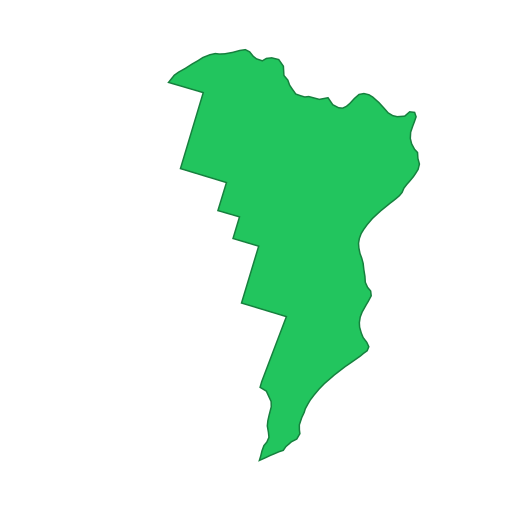 Areia Branca, Rio Grande do Norte, Brazil (orthographic projection), rotated 107°
{"feature_id": "56859067B41346782761286", "entity_name": "Areia Branca", "entity_type": "district", "adm_level": 2, "iso_a3": "BRA", "parent_name": "Brazil", "parent_adm1": "Rio Grande do Norte", "projection": "orthographic", "projection_center": [-37.037, -5.022], "detail": "fine", "context": "isolated", "style": "filled", "palette": "green", "viewbox_px": 512, "rotation_deg": 107, "n_neighbors": 0, "source": "geoboundaries", "source_scale": "gbopen_adm2", "svg_char_len": 1955}
<svg xmlns="http://www.w3.org/2000/svg" viewBox="0 0 512 512"><g transform="rotate(107 256 256)"><path d="M450.5,193.0L445.9,187.7L442.5,184.0L439.8,180.7L436.4,176.7L433.9,173.1L429.5,171.7L423.3,167.8L419.1,163.5L413.1,162.1L409.5,163.7L404.8,165.2L397.0,165.0L391.5,164.2L387.7,164.2L382.3,163.1L377.8,162.0L372.1,159.9L364.8,156.8L358.0,153.3L346.8,146.3L335.8,138.5L328.0,132.3L320.9,126.8L317.8,124.8L314.1,122.0L309.8,121.6L306.2,124.8L302.7,129.7L298.9,132.8L293.8,136.1L289.5,137.7L283.9,138.5L278.4,138.1L274.8,137.3L270.2,136.3L266.6,135.4L260.4,134.2L256.0,136.1L253.3,140.2L249.2,143.8L243.6,145.9L237.5,148.9L231.7,151.4L227.1,154.3L223.2,157.3L218.2,160.0L213.8,161.7L208.8,162.3L203.8,162.0L199.1,160.8L193.3,158.8L186.0,155.6L180.3,152.3L176.4,150.0L171.5,146.7L166.4,143.3L163.1,140.9L159.7,138.6L156.4,136.5L152.5,134.9L147.9,134.4L143.6,132.8L139.9,131.1L134.2,128.7L130.3,127.5L125.8,126.3L120.3,126.6L115.4,129.7L109.8,131.8L107.6,135.6L103.2,140.0L98.5,142.8L92.4,144.3L85.8,144.1L81.5,143.8L76.1,143.6L72.3,146.3L73.2,151.2L78.8,154.7L81.5,161.7L81.8,166.3L80.5,171.5L76.9,177.3L73.4,183.2L69.9,190.8L68.8,195.1L69.1,200.3L71.4,204.7L76.5,207.9L82.6,210.8L86.5,213.3L89.3,216.4L90.1,220.4L88.9,226.8L83.6,233.4L87.7,241.2L88.1,252.2L89.7,255.9L89.7,260.4L89.5,265.3L85.9,270.0L82.8,273.8L78.5,277.0L75.2,282.1L66.5,285.3L61.5,291.7L61.9,298.9L64.0,303.8L67.5,307.0L67.3,313.3L65.8,317.1L62.6,321.8L61.8,326.5L64.2,331.6L68.1,337.8L71.8,345.0L73.6,350.1L74.3,354.1L77.0,358.9L81.7,364.8L86.3,368.7L90.7,372.9L97.2,378.4L102.7,383.7L107.0,387.0L115.6,390.4L115.4,376.3L115.2,354.2L194.5,353.8L194.4,305.7L198.7,305.7L223.7,305.7L223.4,283.2L246.0,283.1L245.8,256.3L305.2,256.1L305.1,209.2L374.5,213.8L380.4,213.7L382.2,206.6L390.7,199.0L395.8,197.3L404.6,196.9L410.0,196.5L415.2,195.5L420.9,192.6L425.6,190.6L430.7,191.2L435.0,193.0L440.6,193.3L445.9,193.0L450.5,193.0Z" fill="#22c55e" stroke="#15803d" stroke-width="1.5"/></g></svg>